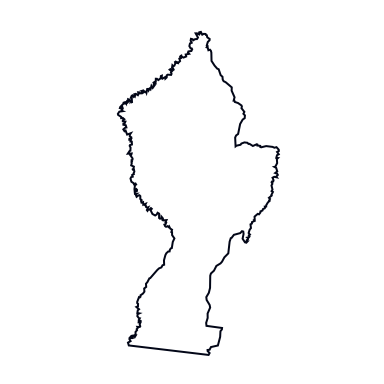 the district of Cristalina, Goiás, Brazil, rotated 187°
{"feature_id": "56859067B10276858229585", "entity_name": "Cristalina", "entity_type": "district", "adm_level": 2, "iso_a3": "BRA", "parent_name": "Brazil", "parent_adm1": "Goiás", "projection": "robinson", "projection_center": [-47.497, -16.702], "detail": "fine", "context": "isolated", "style": "outline", "palette": "ink", "viewbox_px": 384, "rotation_deg": 187, "n_neighbors": 0, "source": "geoboundaries", "source_scale": "gbopen_adm2", "svg_char_len": 6095}
<svg xmlns="http://www.w3.org/2000/svg" viewBox="0 0 384 384"><g transform="rotate(187 192 192)"><path d="M236.0,32.0L155.7,32.3L154.9,34.3L157.1,36.0L157.3,37.1L155.3,37.6L154.3,40.4L147.6,42.8L146.4,51.6L146.8,57.3L145.6,59.2L145.6,60.7L161.3,60.9L162.0,63.8L161.1,68.9L161.7,73.3L159.9,79.5L160.7,82.0L164.3,86.6L165.0,89.4L163.0,94.0L162.4,99.0L163.7,111.2L163.3,113.4L160.6,116.6L158.8,121.6L155.0,124.6L153.7,126.5L151.9,131.1L148.5,135.5L148.6,147.3L147.9,150.9L147.1,151.3L145.2,154.6L139.1,157.1L137.6,159.2L136.3,159.0L135.7,156.7L136.1,151.8L133.3,148.5L131.9,148.3L130.9,149.7L132.0,149.6L131.7,151.0L130.7,151.9L130.6,152.9L131.5,153.5L129.9,154.1L129.5,154.8L130.3,155.9L129.3,156.8L130.8,158.2L130.2,161.5L129.1,163.4L130.0,167.0L128.7,168.0L128.8,169.4L126.3,171.0L127.0,171.8L126.4,172.2L126.9,175.2L124.1,178.3L122.8,178.0L121.6,180.0L121.7,181.1L119.8,182.2L119.4,183.8L117.9,184.6L117.5,185.5L117.9,186.4L116.6,186.7L116.7,188.0L115.4,190.9L113.9,192.6L114.4,193.0L113.7,194.6L114.9,195.6L112.5,198.1L112.9,198.6L111.7,201.9L113.1,202.6L112.4,204.2L113.9,208.2L113.2,209.9L114.2,211.4L113.8,212.2L112.7,212.3L112.5,213.6L113.8,216.0L112.2,217.1L109.7,216.9L110.3,217.5L108.9,219.4L109.7,220.5L111.7,221.0L109.9,222.8L111.4,226.2L113.3,227.0L112.3,227.4L111.0,231.1L111.8,235.0L110.8,236.2L112.5,236.2L112.1,238.9L110.5,240.0L112.4,242.1L110.8,243.3L111.1,244.6L113.6,246.8L115.6,246.0L117.5,246.6L124.0,246.6L128.8,244.8L129.7,245.0L129.9,246.1L132.8,246.1L132.9,247.1L133.5,247.3L137.2,245.1L140.8,246.8L141.8,246.6L143.0,247.6L146.0,247.6L148.9,246.1L149.6,244.8L153.5,243.4L154.3,242.6L155.8,251.3L155.1,253.5L153.3,255.2L152.5,265.4L150.5,270.1L148.7,271.7L148.8,274.5L150.5,275.9L149.8,277.9L153.1,281.2L152.9,282.9L153.4,283.9L157.1,285.9L160.5,286.6L161.1,287.9L161.8,287.8L161.3,291.2L165.0,297.4L165.3,300.7L172.0,305.1L174.1,305.8L175.2,307.3L175.8,310.1L177.8,311.5L180.5,317.1L182.0,317.5L185.0,320.2L188.6,324.5L189.8,332.8L190.5,334.5L191.5,335.4L193.0,334.7L194.0,337.2L195.0,337.4L194.3,338.7L195.2,339.1L194.6,342.9L193.1,344.7L193.1,346.0L195.7,347.4L196.4,349.4L197.4,349.6L197.8,350.5L199.6,350.4L201.0,349.4L202.7,352.0L204.3,351.4L204.4,350.7L203.6,350.1L204.0,349.2L206.3,350.1L207.7,349.9L204.9,346.0L205.7,344.4L207.5,344.1L209.3,342.7L210.0,343.7L211.7,343.9L211.8,342.1L210.5,340.1L212.1,339.2L212.4,336.5L210.9,334.4L209.8,334.5L209.2,333.7L209.8,331.9L212.7,331.1L213.0,329.9L211.7,328.8L215.0,327.7L214.3,325.8L216.8,324.4L218.8,325.1L219.2,326.1L219.9,325.6L220.3,324.7L219.4,323.5L220.8,322.8L219.8,320.5L221.1,318.9L222.1,319.0L221.8,318.2L223.1,318.3L224.1,319.4L224.7,318.9L224.2,317.8L224.9,315.2L225.9,314.6L226.9,315.4L227.0,312.9L226.0,312.6L224.7,310.5L225.6,311.1L227.1,310.6L228.5,311.3L229.1,310.7L226.7,309.3L227.5,308.2L226.7,306.8L227.0,305.7L230.4,305.5L231.2,304.8L231.1,302.6L232.2,301.3L232.5,302.9L235.3,300.8L236.0,301.3L236.1,303.8L237.0,303.3L237.0,301.0L239.1,299.0L240.6,300.1L241.7,300.0L241.4,296.9L242.0,294.7L243.1,294.9L243.1,293.6L242.1,293.4L243.7,290.5L245.2,292.4L245.7,288.8L246.6,289.5L247.4,287.7L247.9,289.0L249.0,288.8L249.3,285.0L249.9,286.1L250.7,285.4L252.7,286.9L254.2,286.2L252.1,285.3L252.9,284.4L254.1,284.7L254.0,283.8L255.7,283.6L256.5,284.5L257.6,284.4L257.0,282.9L257.5,281.5L259.7,282.6L261.2,282.0L261.0,281.3L260.2,281.4L260.4,279.6L261.3,280.1L261.9,279.3L263.0,280.6L263.6,280.1L264.2,278.0L263.2,277.5L262.5,273.9L263.3,273.5L265.3,276.0L266.6,276.3L266.2,274.4L267.0,275.2L267.6,274.4L267.4,272.4L269.0,271.6L269.6,272.9L270.8,272.3L270.8,271.3L273.6,267.6L273.8,266.5L272.0,266.4L271.9,264.2L270.6,263.8L273.9,262.9L275.1,260.5L274.7,259.5L271.4,257.9L271.3,256.7L269.6,257.0L268.1,256.0L269.4,254.8L269.3,253.8L266.7,253.8L267.2,252.0L268.4,251.4L268.3,250.4L265.9,250.2L265.0,248.1L266.0,247.8L267.8,245.8L266.4,244.1L265.4,244.9L263.4,241.1L259.9,242.9L260.7,241.3L260.5,239.7L258.9,238.9L258.7,238.0L260.6,237.2L260.6,236.2L259.0,236.1L259.2,234.6L257.9,234.6L257.4,231.8L259.3,231.0L259.5,230.2L258.4,228.6L258.2,225.5L258.9,225.2L260.4,222.2L256.6,222.9L256.8,221.6L257.7,221.0L255.1,218.1L255.0,216.9L255.9,216.2L255.3,215.1L255.8,214.4L255.3,213.5L255.6,211.0L252.8,210.1L252.9,208.0L254.2,206.8L252.4,207.3L251.7,205.2L252.3,203.4L251.9,202.7L253.5,201.5L252.7,200.0L254.2,199.3L254.7,197.9L253.4,194.8L251.1,193.7L250.5,192.6L249.1,193.5L248.4,192.6L249.4,191.9L249.5,187.9L249.3,187.1L247.7,188.2L246.8,187.4L246.9,186.1L248.9,185.3L248.4,183.2L246.7,183.5L247.6,182.6L246.4,180.5L244.7,182.1L243.8,182.4L242.8,181.6L242.5,178.8L241.0,177.8L241.5,176.9L240.8,175.3L239.3,176.0L238.8,173.4L236.5,174.7L237.0,173.1L235.9,172.4L235.8,171.6L234.3,171.1L233.6,171.5L234.6,168.6L233.9,167.9L233.4,169.1L232.2,169.3L230.8,171.0L229.9,170.4L230.9,168.9L228.6,165.4L225.7,164.2L224.3,165.4L223.6,167.2L222.0,166.5L221.5,162.2L220.6,161.6L219.2,162.0L219.3,163.8L217.9,162.5L217.5,161.7L217.9,160.7L217.2,160.3L213.9,161.0L214.6,158.8L213.9,158.5L214.3,156.9L215.4,156.3L214.5,154.8L213.5,154.3L212.1,155.1L211.0,154.3L210.5,155.1L209.2,153.1L207.2,152.1L207.6,149.8L206.9,149.7L206.5,146.8L203.8,143.8L205.0,140.1L205.2,133.9L206.2,133.4L206.9,132.0L207.0,130.3L208.4,130.0L210.0,128.1L210.7,126.2L211.5,120.8L210.8,116.4L212.3,115.7L213.2,113.4L215.4,112.2L217.0,110.3L223.0,101.4L223.8,101.1L225.3,97.1L226.5,95.3L225.9,92.2L227.7,90.4L227.1,87.3L228.3,85.2L230.5,83.2L230.4,81.7L231.0,81.0L231.8,81.2L233.0,76.2L232.8,75.0L231.9,74.4L231.7,72.0L233.2,71.1L230.3,69.2L231.4,68.0L231.5,65.2L229.5,65.1L231.1,64.1L231.1,62.1L229.2,60.2L228.5,60.2L229.2,58.5L227.8,57.9L229.1,56.9L229.1,56.1L227.2,56.3L227.8,54.4L227.0,52.4L227.4,51.7L229.8,51.5L229.2,50.6L230.2,49.1L229.7,48.2L231.0,46.2L230.7,44.0L231.2,43.2L230.2,43.1L231.1,41.1L231.9,41.9L232.7,41.0L233.4,41.1L233.4,42.2L234.6,41.8L235.7,40.2L234.4,39.6L236.2,39.3L236.2,38.3L234.8,36.5L237.2,34.7L236.0,32.0ZM272.0,266.4L271.3,267.4L270.9,266.6L271.2,265.7L272.0,266.4ZM241.9,296.0L242.4,296.8L243.0,296.3L241.9,296.0ZM268.2,272.0L268.3,273.1L268.7,272.6L268.2,272.0Z" fill="none" stroke="#020617" stroke-width="2"/></g></svg>